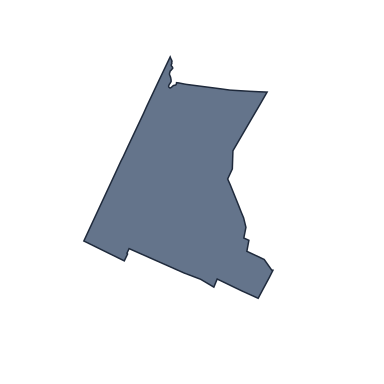 Lomas de Zamora, Buenos Aires, Argentina (Robinson projection), rotated 57°
{"feature_id": "61730980B58255414710643", "entity_name": "Lomas de Zamora", "entity_type": "district", "adm_level": 2, "iso_a3": "ARG", "parent_name": "Argentina", "parent_adm1": "Buenos Aires", "projection": "robinson", "projection_center": [-58.466, -34.753], "detail": "fine", "context": "isolated", "style": "filled", "palette": "slate", "viewbox_px": 384, "rotation_deg": 57, "n_neighbors": 0, "source": "geoboundaries", "source_scale": "gbopen_adm2", "svg_char_len": 1825}
<svg xmlns="http://www.w3.org/2000/svg" viewBox="0 0 384 384"><g transform="rotate(57 192 192)"><path d="M66.8,136.7L79.6,157.6L91.7,177.2L95.6,183.5L99.5,189.5L119.2,221.4L125.0,230.6L127.4,234.8L135.1,247.0L147.8,267.3L159.7,286.3L174.2,309.4L212.9,286.3L208.9,279.8L207.9,279.9L205.2,275.6L255.7,242.7L269.9,232.3L283.7,225.5L278.7,218.3L302.4,203.9L317.2,194.4L313.3,187.4L305.9,173.9L301.7,166.7L300.8,167.7L287.9,168.2L271.6,178.3L263.5,170.6L258.8,173.6L251.0,166.0L241.8,162.8L235.7,161.7L228.9,160.3L207.3,156.1L200.5,155.0L194.6,145.6L179.7,135.2L162.5,101.1L155.4,86.9L149.1,74.6L144.0,81.8L141.1,85.8L139.3,88.3L128.0,103.6L127.2,104.7L127.1,104.8L121.3,111.5L98.6,138.2L97.3,139.6L93.3,143.7L91.9,145.4L92.2,145.6L92.5,146.0L92.9,146.3L93.1,146.6L93.3,147.0L93.3,147.5L93.2,148.0L93.0,148.4L92.8,148.8L92.7,149.2L92.6,149.6L92.6,150.1L92.7,150.5L92.8,151.1L92.9,151.7L93.0,152.2L93.0,152.7L93.0,153.2L92.8,153.8L92.5,153.9L92.3,154.1L91.8,154.2L91.4,154.3L91.0,154.2L90.4,153.9L90.2,153.7L89.9,153.2L89.6,152.7L89.3,152.2L89.1,151.7L88.9,151.2L88.7,150.7L88.4,150.1L88.1,149.6L87.9,149.3L87.6,149.1L87.1,148.8L86.7,148.6L86.4,148.4L85.9,148.2L85.4,148.0L85.0,147.8L84.5,147.6L84.1,147.6L83.8,147.4L83.4,147.3L83.0,147.2L82.7,147.2L82.3,147.1L81.9,147.1L81.3,146.9L80.9,146.7L80.5,146.4L80.1,146.1L79.8,145.8L79.5,145.3L79.1,144.9L78.8,144.6L78.6,144.2L78.6,143.7L78.5,143.2L78.3,142.7L78.2,142.4L78.1,142.0L78.0,141.6L77.9,141.0L77.6,140.7L77.2,140.5L76.7,140.4L76.3,140.4L75.9,140.5L75.5,140.5L75.1,140.6L74.8,140.6L74.3,140.3L73.9,140.0L73.7,139.6L73.4,139.3L73.2,138.9L72.9,138.6L72.5,138.5L72.1,138.4L71.8,138.2L71.7,137.8L71.4,137.5L71.0,137.4L70.6,137.4L70.3,137.3L69.9,137.2L69.6,137.2L68.8,137.1L68.3,137.1L67.7,137.0L67.4,136.8L66.8,136.7Z" fill="#64748b" stroke="#1e293b" stroke-width="1.5"/></g></svg>